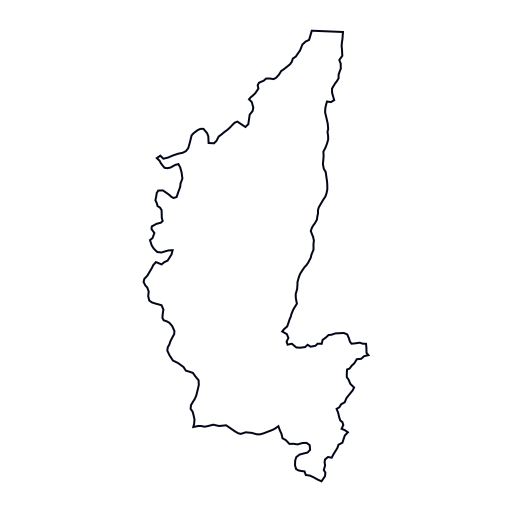 Santa Isabel, Goiás, Brazil (Mercator projection)
{"feature_id": "56859067B85014181310436", "entity_name": "Santa Isabel", "entity_type": "district", "adm_level": 2, "iso_a3": "BRA", "parent_name": "Brazil", "parent_adm1": "Goiás", "projection": "mercator", "projection_center": [-49.384, -15.241], "detail": "fine", "context": "isolated", "style": "outline", "palette": "ink", "viewbox_px": 512, "rotation_deg": 0, "n_neighbors": 0, "source": "geoboundaries", "source_scale": "gbopen_adm2", "svg_char_len": 4415}
<svg xmlns="http://www.w3.org/2000/svg" viewBox="0 0 512 512"><path d="M343.0,32.0L311.8,30.7L309.1,39.9L305.7,41.5L302.5,44.4L300.0,50.5L297.9,53.5L295.8,56.6L292.8,58.6L291.8,61.8L290.0,64.3L287.3,66.5L283.6,69.4L281.2,71.0L279.0,74.6L276.1,77.8L273.6,79.1L269.6,78.5L266.2,78.5L263.7,80.7L259.0,82.7L257.7,85.2L258.4,88.6L255.3,93.2L252.7,95.7L250.7,97.3L249.0,99.3L251.8,102.1L253.3,107.7L252.6,111.0L249.7,114.6L248.3,124.2L245.4,127.0L240.6,123.8L237.4,121.6L234.8,122.6L232.3,125.0L230.0,127.5L227.8,129.5L224.3,132.1L221.2,134.7L218.7,136.5L216.5,140.8L214.0,143.3L208.6,143.0L208.3,136.3L207.1,133.2L203.5,128.9L200.3,128.9L197.7,130.1L195.7,131.6L193.5,133.3L191.6,135.4L189.7,143.1L188.2,148.3L185.8,151.2L182.6,152.8L178.2,153.7L173.1,155.4L167.9,157.6L163.4,158.7L160.3,155.7L156.8,158.1L159.6,160.8L160.9,163.3L162.6,165.5L164.5,167.8L167.1,168.2L170.4,167.6L175.3,164.9L178.4,164.1L180.2,167.4L181.6,172.5L182.4,178.5L180.5,183.6L180.2,186.8L178.1,192.6L176.6,197.0L173.6,198.0L171.4,196.9L169.4,195.0L166.1,192.6L162.8,190.4L158.2,190.6L156.7,193.1L156.2,196.6L155.4,200.2L156.8,203.2L157.5,206.0L160.1,207.7L161.6,210.2L161.8,217.9L162.7,221.0L160.9,222.7L156.6,223.8L151.8,226.4L151.5,229.1L154.4,233.0L152.5,238.1L150.0,240.1L151.7,245.4L153.8,248.7L157.2,252.0L161.4,252.5L165.3,251.3L168.7,250.4L172.6,250.2L171.5,254.5L169.4,257.8L167.6,260.6L164.1,262.3L161.6,264.4L155.9,262.1L153.2,265.2L151.8,268.1L147.4,275.6L144.3,278.9L143.6,282.0L145.3,285.4L147.3,287.6L148.7,291.5L148.2,296.2L149.3,300.6L152.1,302.5L155.9,303.7L161.5,305.2L163.4,309.5L162.8,313.4L162.4,317.9L163.7,320.3L166.7,321.3L169.4,322.8L172.2,326.1L174.4,331.0L174.2,334.1L172.1,337.9L170.4,341.3L169.4,344.4L167.8,347.2L167.3,350.6L169.4,355.1L172.9,360.5L178.1,363.1L183.5,367.0L185.9,370.7L189.1,371.6L192.9,372.9L195.3,376.3L198.6,380.3L198.8,385.0L197.9,388.9L196.3,395.4L194.8,398.9L192.9,401.9L191.0,405.1L190.6,408.8L192.6,411.7L193.4,414.5L194.5,419.5L194.1,424.0L193.3,427.0L198.3,426.0L200.9,426.0L204.8,426.7L207.8,426.1L213.2,424.7L219.1,426.0L222.3,425.7L226.1,425.3L228.3,426.8L232.1,429.4L234.8,431.3L238.3,433.3L240.8,433.9L245.8,432.3L251.8,432.9L256.8,434.3L260.1,434.3L263.4,433.4L271.0,430.5L274.4,429.0L278.4,426.2L279.8,430.2L281.5,433.9L282.5,438.3L285.7,440.0L289.4,443.9L293.5,443.8L297.6,444.4L302.5,443.0L306.6,442.9L309.7,445.2L310.1,449.8L307.5,452.6L304.3,453.3L299.5,454.6L296.3,457.1L295.2,460.4L295.0,465.3L296.1,469.0L298.4,470.4L301.3,471.0L304.5,471.4L305.8,475.0L309.9,475.6L313.6,477.3L317.9,479.7L321.5,481.3L325.0,476.2L325.4,472.7L323.8,470.0L325.1,465.5L324.6,462.4L325.0,459.5L328.0,457.0L331.7,457.7L333.6,454.0L335.5,451.0L337.3,448.1L338.5,444.7L342.4,442.7L344.8,435.5L347.9,432.3L344.9,430.2L341.6,428.8L343.3,425.0L342.4,422.1L340.3,420.5L339.3,417.6L338.1,412.6L336.6,408.9L339.3,407.3L341.1,404.3L344.7,402.3L346.5,398.0L350.2,393.4L352.6,390.5L354.1,387.5L352.2,385.7L350.3,383.8L348.7,379.9L346.8,377.1L346.8,373.3L347.1,369.5L349.5,368.6L351.9,365.5L354.3,363.3L356.8,359.2L361.2,358.8L364.2,356.1L368.4,355.2L366.5,352.8L366.4,347.7L366.0,343.8L362.8,343.7L359.7,342.7L354.8,343.4L351.5,343.7L349.9,341.6L348.9,338.2L347.2,334.4L343.8,333.0L335.4,333.4L331.2,334.8L328.6,335.0L325.9,337.5L322.6,339.9L321.7,343.8L317.6,343.7L315.4,345.8L310.7,346.7L307.6,344.8L305.1,347.1L300.3,347.7L296.4,347.5L291.8,343.7L287.6,344.7L286.6,341.7L288.4,337.9L286.8,334.1L282.2,331.5L284.0,329.2L287.2,326.4L288.5,322.7L289.5,319.6L290.7,316.9L291.5,313.8L293.4,309.3L296.9,303.7L295.8,298.0L295.7,294.1L297.1,289.1L297.4,285.4L297.5,282.0L298.8,277.3L300.2,273.7L302.7,269.8L304.5,267.2L306.4,265.2L308.2,262.6L309.4,260.3L310.7,257.8L311.5,254.5L313.5,249.7L313.5,247.2L313.5,243.9L313.9,240.7L313.2,237.2L310.8,231.1L311.8,228.0L313.0,225.8L314.8,223.4L316.9,219.7L317.4,216.1L318.0,213.5L318.0,210.1L318.8,207.3L320.6,204.2L323.3,199.6L325.4,196.5L326.4,193.7L327.3,189.5L327.3,185.9L327.1,182.0L325.7,172.0L323.8,168.8L322.9,164.1L323.2,161.0L323.6,156.3L323.4,151.6L325.6,147.4L327.1,143.3L328.2,139.4L328.1,136.0L327.5,131.8L328.2,129.0L327.7,123.5L326.7,119.1L325.1,112.3L325.3,108.3L326.0,105.0L327.0,101.5L330.9,102.1L334.2,100.1L333.1,96.4L332.1,92.8L332.0,88.6L335.0,83.6L337.0,81.0L338.6,78.2L338.6,74.6L339.5,71.9L340.8,68.6L340.7,63.6L339.3,60.0L342.3,55.8L342.0,49.5L341.6,46.2L341.9,42.4L342.4,39.5L343.0,32.0Z" fill="none" stroke="#020617" stroke-width="2"/></svg>